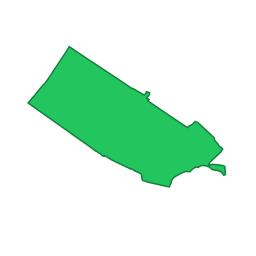 Beciu, Teleorman, Romania (Mercator projection), rotated 228°
{"feature_id": "2599482B82424000393547", "entity_name": "Beciu", "entity_type": "district", "adm_level": 2, "iso_a3": "ROU", "parent_name": "Romania", "parent_adm1": "Teleorman", "projection": "mercator", "projection_center": [24.654, 44.01], "detail": "fine", "context": "isolated", "style": "filled", "palette": "green", "viewbox_px": 256, "rotation_deg": 228, "n_neighbors": 0, "source": "geoboundaries", "source_scale": "gbopen_adm2", "svg_char_len": 2181}
<svg xmlns="http://www.w3.org/2000/svg" viewBox="0 0 256 256"><g transform="rotate(228 128 128)"><path d="M48.0,181.2L48.3,181.8L48.6,182.5L48.7,183.3L48.8,184.1L50.0,184.4L51.9,184.0L53.5,183.6L56.4,184.2L58.2,184.1L60.9,184.3L63.2,185.5L85.8,183.5L86.6,182.8L87.4,182.4L87.9,182.3L87.9,179.8L87.5,179.2L88.0,176.9L88.6,174.5L88.6,172.4L107.9,167.5L133.9,161.1L135.2,160.8L135.0,161.9L135.0,162.7L137.8,162.0L138.2,165.3L138.9,166.9L139.4,167.6L140.7,166.9L141.5,166.8L142.6,166.0L141.8,164.3L141.6,162.2L143.9,161.4L154.3,158.0L154.2,157.5L165.8,154.6L191.7,148.0L205.3,144.4L217.2,141.4L227.8,138.8L227.0,136.2L226.7,135.3L226.3,134.1L224.2,125.8L222.0,117.3L220.2,110.1L220.0,109.4L219.1,106.3L217.6,99.9L217.0,97.0L216.8,96.3L216.8,95.1L216.6,92.4L215.4,84.2L215.0,82.0L214.8,80.8L214.8,80.4L214.7,79.9L214.6,79.5L214.6,78.5L214.5,78.2L214.4,77.8L214.4,77.3L214.3,76.7L214.2,76.3L214.2,75.9L213.9,74.0L213.7,72.7L213.6,71.7L213.5,71.4L213.5,71.0L213.4,70.5L212.1,70.8L207.9,71.7L207.6,71.8L172.5,79.7L157.7,83.0L145.1,85.9L144.3,86.1L139.3,87.2L137.7,87.6L137.2,87.6L136.8,87.7L134.5,88.2L132.2,88.6L132.1,89.0L130.8,89.2L130.3,89.3L129.7,89.3L129.2,89.5L128.3,89.9L127.8,90.2L127.4,90.3L126.2,90.3L125.9,90.2L124.7,90.4L123.2,91.1L123.6,91.5L121.6,92.7L117.5,93.9L116.9,94.0L115.7,94.3L113.5,95.2L111.0,96.3L110.1,96.6L104.0,99.1L95.9,102.5L96.1,102.8L92.0,104.6L92.0,104.2L91.5,104.4L85.5,106.9L84.3,106.7L83.0,106.0L81.2,104.5L79.6,103.9L79.0,103.8L76.3,105.8L75.3,105.9L68.8,110.5L66.8,112.0L59.7,117.0L56.6,119.2L56.8,119.6L57.8,122.0L58.0,122.6L58.1,123.0L58.4,123.3L59.2,124.4L59.6,124.9L60.1,126.4L60.5,127.6L60.4,128.0L60.6,128.9L59.7,133.4L59.3,135.4L58.7,137.5L58.4,138.5L57.9,139.6L57.6,140.9L57.2,141.6L56.1,142.8L54.1,144.6L54.1,146.4L54.3,148.1L54.1,149.8L53.9,150.9L53.3,152.5L52.5,153.5L51.5,154.0L51.7,155.2L51.3,156.2L50.8,157.4L49.9,158.7L49.0,159.7L47.8,160.5L46.6,161.2L45.7,162.0L40.5,162.9L35.9,166.5L32.9,167.8L28.7,167.6L28.2,169.3L34.6,174.2L36.3,173.6L39.5,171.0L41.4,169.3L42.2,168.6L44.5,166.5L45.5,164.6L45.9,162.5L47.8,165.8L47.9,173.0L47.9,174.5L48.0,180.4L48.0,181.1L48.0,181.2Z" fill="#22c55e" stroke="#15803d" stroke-width="1.5"/></g></svg>